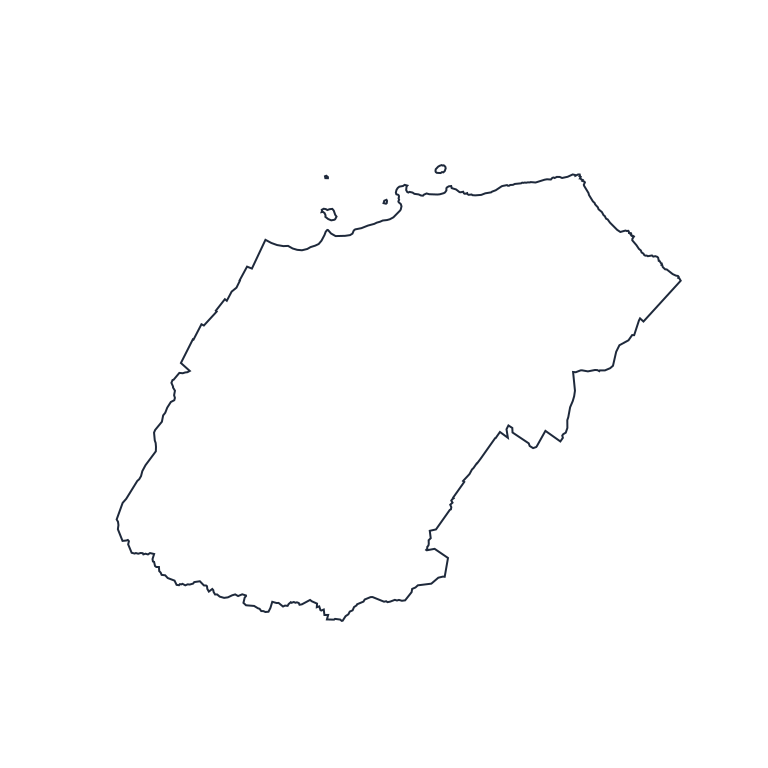 Victor Harbor, South Australia, Australia, rotated 215°
{"feature_id": "25037944B26153550017793", "entity_name": "Victor Harbor", "entity_type": "district", "adm_level": 2, "iso_a3": "AUS", "parent_name": "Australia", "parent_adm1": "South Australia", "projection": "equal_earth", "projection_center": [138.549, -35.516], "detail": "fine", "context": "isolated", "style": "outline", "palette": "slate", "viewbox_px": 768, "rotation_deg": 215, "n_neighbors": 0, "source": "geoboundaries", "source_scale": "gbopen_adm2", "svg_char_len": 6170}
<svg xmlns="http://www.w3.org/2000/svg" viewBox="0 0 768 768"><g transform="rotate(215 384 384)"><path d="M449.9,101.0L442.8,102.8L438.7,100.5L436.5,101.6L436.4,103.0L435.1,103.6L434.5,104.7L431.3,105.1L429.9,107.3L428.1,108.3L425.9,111.0L425.8,112.9L421.7,116.8L416.0,115.7L414.1,116.9L413.0,116.8L411.2,114.8L408.4,113.5L407.1,117.6L405.6,117.2L404.3,115.9L401.7,114.7L400.0,115.9L396.6,115.6L392.3,117.1L389.5,119.7L387.2,123.8L385.2,126.3L381.9,126.6L379.5,130.4L375.8,131.6L375.4,131.2L375.6,129.1L373.6,124.1L370.1,123.6L363.1,127.7L358.5,128.0L357.0,128.5L354.3,127.6L352.5,128.8L350.4,129.2L348.0,131.2L348.6,135.4L350.6,141.5L346.3,143.0L344.8,144.2L339.1,143.8L338.0,145.7L335.7,147.0L335.9,149.0L335.2,151.8L334.3,151.7L332.8,153.7L331.1,154.0L330.1,155.2L328.2,155.7L326.6,154.7L324.9,156.4L320.7,164.7L318.5,164.6L312.9,165.7L311.0,162.6L309.5,164.7L306.3,162.3L305.4,162.5L304.0,164.7L300.3,160.6L297.3,162.8L295.7,158.4L289.8,162.3L289.4,163.5L284.8,165.9L282.8,165.7L282.1,166.4L282.3,171.8L281.1,174.9L281.5,177.9L279.9,180.6L280.6,184.1L279.5,186.9L279.7,188.1L276.0,194.0L276.2,196.4L272.8,201.7L271.2,202.9L259.1,205.7L257.6,207.3L256.0,207.3L254.1,209.3L251.3,213.4L249.2,214.1L247.9,215.7L245.0,216.7L242.6,218.9L242.0,229.3L243.4,232.3L241.5,235.4L240.8,238.5L230.7,247.6L228.4,256.5L225.2,260.1L223.7,260.9L231.8,278.2L248.0,278.0L253.6,272.3L254.3,272.3L254.1,273.9L255.1,275.3L255.0,277.3L255.7,278.8L257.8,281.6L257.3,284.5L262.3,290.0L258.0,294.7L257.9,318.6L257.3,319.7L258.2,321.7L260.5,323.1L259.8,326.1L262.0,327.1L262.0,328.7L261.4,330.4L262.2,330.6L262.1,349.8L263.6,349.9L262.3,359.2L262.9,364.5L262.5,366.3L262.5,372.2L262.2,372.3L262.0,378.2L261.9,403.4L261.5,403.8L261.5,411.2L251.7,411.0L257.7,417.2L258.3,421.4L253.7,421.6L250.9,418.0L231.4,418.4L229.1,416.8L225.1,417.0L223.2,419.6L223.1,420.4L224.9,438.2L206.6,438.1L206.6,442.5L208.4,444.0L208.4,445.7L207.2,448.4L208.6,453.2L213.1,459.5L214.0,462.5L218.2,471.7L219.6,478.3L221.2,483.0L223.7,488.0L236.0,502.3L233.7,503.6L230.8,507.9L229.6,508.8L224.2,511.3L219.2,516.5L217.1,517.8L215.0,518.0L215.0,518.9L210.8,521.9L207.8,526.7L206.9,530.3L212.3,543.6L213.4,550.8L208.8,560.0L208.8,566.4L207.1,567.5L211.6,582.3L211.9,584.6L207.3,584.0L200.2,638.8L202.8,640.0L203.9,639.7L204.1,640.8L205.2,641.1L207.1,640.2L210.6,639.6L218.1,640.0L219.5,639.2L222.7,639.7L224.6,641.2L225.0,640.8L225.7,642.0L226.3,641.8L229.1,642.9L229.6,642.5L231.9,644.7L233.1,644.9L235.1,644.3L236.5,642.8L238.2,643.0L241.2,640.0L242.4,639.9L243.6,639.0L244.8,638.9L246.3,639.6L248.4,639.5L250.2,640.7L252.7,640.9L256.8,642.5L263.0,644.1L263.8,645.3L263.9,648.2L265.3,648.1L265.6,647.5L266.2,647.4L267.7,647.9L267.5,648.7L268.3,649.2L269.9,648.2L271.0,649.4L271.8,649.6L272.8,648.6L274.2,648.2L277.6,644.1L281.4,644.0L291.5,645.8L295.2,647.1L296.9,646.8L299.5,648.2L300.9,648.2L304.1,649.8L308.5,650.2L310.2,651.4L314.0,652.2L315.3,653.1L317.6,653.4L324.5,656.4L326.0,657.7L333.9,661.2L334.6,661.8L335.1,664.4L335.9,664.7L338.1,664.1L338.2,665.1L339.9,664.7L340.8,665.2L341.4,664.8L341.7,666.5L343.0,666.3L343.1,667.2L343.9,667.9L345.2,667.0L346.7,664.2L347.4,664.8L349.6,663.9L352.4,659.1L356.3,654.9L358.8,654.4L361.2,652.8L362.4,650.6L363.4,650.5L364.3,649.5L364.6,647.2L367.9,645.2L369.6,643.5L375.4,636.0L379.7,633.5L380.1,632.8L381.8,631.7L383.1,630.3L384.1,629.9L385.2,628.7L386.3,628.2L386.8,627.0L391.6,622.9L392.6,621.1L394.8,619.4L395.1,618.4L396.1,617.5L397.3,617.5L400.1,614.6L401.0,613.5L403.6,606.8L405.8,603.6L406.2,602.4L410.4,598.3L412.8,594.7L417.4,590.9L419.9,589.4L420.9,589.5L423.2,587.5L424.9,587.4L425.4,588.0L426.8,586.2L427.9,586.0L429.4,586.9L431.2,585.0L432.2,584.5L436.6,584.7L440.9,583.3L442.5,584.7L444.3,583.1L445.1,581.4L445.2,580.2L443.9,578.3L443.9,575.9L444.5,574.6L447.1,571.4L449.0,569.8L455.8,565.4L458.4,564.5L459.9,562.0L460.1,560.6L461.9,559.6L464.3,559.2L468.2,557.2L470.4,557.2L473.3,556.0L473.9,554.8L475.1,554.6L477.1,555.6L478.8,558.7L478.7,559.9L481.3,559.0L482.0,557.1L484.6,554.5L485.2,552.5L485.1,550.2L484.1,547.6L482.7,546.5L480.9,547.1L480.0,546.9L479.0,545.8L478.6,544.5L477.3,543.6L477.0,541.9L476.2,541.3L473.4,541.0L471.6,539.6L470.4,536.6L470.3,535.4L471.9,525.9L473.7,522.3L475.6,520.0L478.8,517.2L480.3,514.7L482.5,512.0L483.8,509.6L488.0,504.6L491.9,498.7L496.3,494.1L496.8,492.4L496.1,489.1L497.2,486.5L500.8,483.1L508.5,477.4L513.7,476.9L518.1,478.0L518.8,477.7L519.1,475.4L518.2,471.9L517.4,465.5L517.8,461.2L519.7,457.9L522.7,454.0L524.3,450.6L527.9,446.5L532.1,444.1L536.6,442.6L541.8,442.1L545.4,439.3L551.3,436.5L557.2,434.9L563.8,434.1L558.4,402.8L563.5,401.6L561.7,386.0L561.3,386.0L560.1,378.3L561.8,372.3L560.5,362.0L563.0,362.2L563.8,347.6L562.6,347.4L565.1,328.6L567.8,328.2L565.5,311.1L566.2,311.0L562.4,284.7L550.6,283.3L551.8,280.9L553.5,279.4L555.0,277.4L558.0,275.7L558.8,266.8L559.5,266.0L558.8,263.0L555.3,260.9L554.8,260.1L551.4,258.6L549.5,254.4L547.3,252.7L546.5,250.4L548.3,247.0L548.2,244.8L548.0,240.3L546.7,235.0L546.9,231.6L544.3,225.7L545.1,215.1L544.5,212.3L539.4,206.3L537.2,204.7L534.7,201.7L532.3,198.0L532.8,180.7L532.0,174.0L530.2,169.2L529.9,165.6L530.5,163.1L529.3,142.1L529.9,136.7L525.3,119.7L522.9,118.6L520.6,116.1L518.7,112.4L508.2,105.5L505.3,108.0L504.4,109.3L502.8,108.9L501.6,105.9L493.9,101.0L491.0,102.1L490.3,103.2L488.0,104.0L486.4,106.0L484.6,107.0L483.4,106.4L482.0,108.2L479.6,109.0L478.7,111.3L474.8,112.9L473.2,107.8L471.5,106.1L470.3,106.4L467.2,103.6L465.6,103.5L463.4,105.0L460.8,101.8L458.7,101.4L456.7,100.1L453.5,101.8L449.9,101.0ZM518.9,493.9L521.0,494.6L524.6,497.2L526.8,497.8L528.9,495.9L530.2,494.0L531.9,493.9L533.9,493.0L534.9,491.0L534.0,490.2L533.7,489.0L532.7,490.0L530.7,489.9L528.7,488.7L527.9,487.3L524.4,487.1L521.1,487.8L519.0,489.9L518.5,490.9L518.9,493.9ZM463.1,587.3L461.8,587.3L458.6,589.3L458.0,590.9L456.8,591.4L456.4,593.3L457.2,596.1L458.5,597.2L460.5,597.4L461.2,596.6L462.3,596.4L463.5,594.8L464.3,593.1L464.8,589.6L464.0,588.0L463.1,587.3ZM487.6,536.3L488.9,534.3L488.1,531.9L485.8,532.8L485.5,533.7L486.5,535.7L487.6,536.3ZM548.6,521.3L550.7,521.5L551.5,520.3L550.1,519.0L548.0,520.4L548.6,521.3Z" fill="none" stroke="#1e293b" stroke-width="2"/></g></svg>